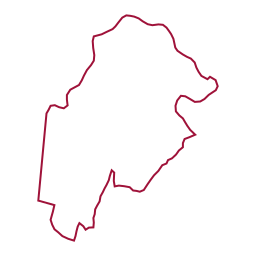 Aiquara, Bahia, Brazil
{"feature_id": "56859067B38822529234338", "entity_name": "Aiquara", "entity_type": "district", "adm_level": 2, "iso_a3": "BRA", "parent_name": "Brazil", "parent_adm1": "Bahia", "projection": "robinson", "projection_center": [-39.869, -14.097], "detail": "fine", "context": "isolated", "style": "outline", "palette": "rose", "viewbox_px": 256, "rotation_deg": 0, "n_neighbors": 0, "source": "geoboundaries", "source_scale": "gbopen_adm2", "svg_char_len": 1585}
<svg xmlns="http://www.w3.org/2000/svg" viewBox="0 0 256 256"><path d="M210.0,76.8L207.5,79.2L201.4,75.9L198.6,71.8L196.4,67.6L194.7,62.5L190.9,58.6L186.9,56.8L182.9,54.5L177.5,50.8L175.3,47.6L174.2,42.5L173.4,38.8L171.1,34.1L169.0,31.0L166.5,27.6L162.9,24.8L158.5,24.4L152.4,25.2L147.7,24.2L142.7,21.3L138.7,18.4L134.2,16.6L130.2,15.8L126.3,15.4L122.3,17.6L118.3,22.6L115.4,26.4L112.6,29.1L106.4,32.0L101.7,34.3L97.6,35.4L93.8,36.4L92.7,41.1L93.2,47.9L94.3,55.1L93.8,60.7L91.1,65.0L86.9,70.1L83.9,75.7L81.8,80.3L79.0,85.0L74.9,87.2L70.3,89.7L66.9,95.0L66.9,99.6L67.6,105.4L63.8,108.3L59.1,107.2L54.8,105.2L50.6,105.8L48.5,110.0L46.5,113.4L38.3,200.6L54.4,205.1L52.9,211.6L50.6,219.8L52.2,224.7L54.5,229.3L58.1,232.2L62.4,236.1L68.2,238.8L74.0,240.6L75.5,236.1L76.5,231.2L77.7,226.6L79.4,223.1L83.3,226.2L85.6,229.7L88.9,227.6L93.4,227.4L93.8,222.6L93.4,218.0L94.7,214.2L95.2,209.3L97.2,205.5L99.6,201.4L100.5,196.3L102.8,192.2L104.6,188.4L106.4,185.2L108.8,180.2L109.8,176.1L111.7,170.3L114.2,172.6L114.0,176.7L113.8,180.9L114.7,186.4L118.9,185.6L124.2,186.2L129.7,187.2L133.1,190.5L136.5,190.9L139.8,191.7L143.8,190.0L147.6,184.2L150.8,179.6L154.0,175.3L158.3,171.0L162.3,165.2L166.5,163.5L168.0,160.1L171.9,158.4L176.0,154.6L178.9,150.5L182.9,147.2L182.9,143.1L184.6,139.0L189.4,137.2L195.2,134.7L190.2,129.9L187.3,125.8L184.8,121.7L182.9,118.4L179.4,115.5L175.9,111.4L175.5,105.8L177.2,100.5L180.9,95.8L185.3,96.3L190.0,99.0L194.8,101.9L200.2,101.5L204.5,99.0L208.7,94.9L212.3,92.5L215.8,90.2L217.7,86.2L215.6,80.1L210.0,76.8Z" fill="none" stroke="#9f1239" stroke-width="2"/></svg>